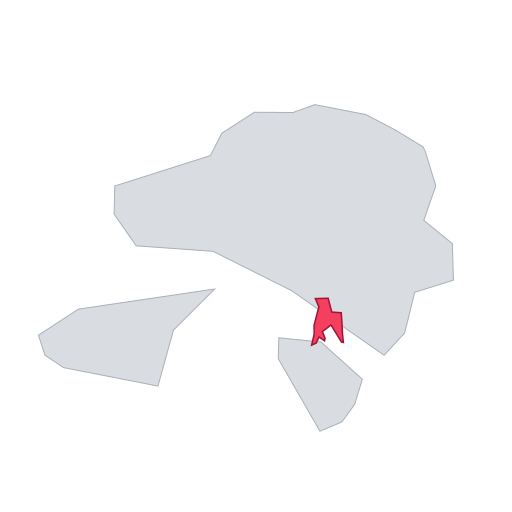 Kowloon City highlighted on a map of Hong Kong S.A.R., rotated 11°
{"feature_id": "HKG-5158", "entity_name": "Kowloon City", "entity_type": "state/province", "adm_level": 1, "iso_a3": "HKG", "parent_name": "Hong Kong S.A.R.", "parent_adm1": "", "projection": "albers", "projection_center": [114.191, 22.32], "detail": "fine", "context": "in_parent", "style": "filled", "palette": "rose", "viewbox_px": 512, "rotation_deg": 11, "n_neighbors": 0, "source": "natural_earth", "source_scale": "10m", "svg_char_len": 936}
<svg xmlns="http://www.w3.org/2000/svg" viewBox="0 0 512 512"><g transform="rotate(11 256 256)"><path d="M199.0,142.0L201.3,139.8L227.0,115.2L264.9,108.1L284.8,96.2L336.9,96.2L368.9,105.8L399.1,117.0L401.9,120.6L419.1,152.8L413.9,189.0L446.4,206.4L454.4,242.0L418.7,261.4L416.6,303.3L400.7,329.0L297.7,283.3L212.8,259.6L136.5,268.9L108.7,241.9L104.0,214.2L192.1,166.1L199.0,142.0ZM184.6,402.4L88.3,402.3L67.7,393.6L57.6,375.2L91.8,342.0L221.7,296.3L189.1,344.5L184.6,402.4ZM372.0,402.5L352.2,415.8L297.4,352.5L294.0,331.9L336.3,328.1L383.9,356.7L381.2,382.6L372.0,402.5Z" fill="#d9dde1" stroke="#a8b0b8" stroke-width="1"/><path d="M355.8,316.1L358.3,324.2L356.4,324.2L342.8,309.4L335.6,317.6L339.5,323.5L339.5,326.2L333.3,323.5L331.7,330.0L327.6,332.9L328.0,321.6L326.2,312.8L326.7,305.3L327.4,293.9L322.4,286.5L334.9,283.7L341.1,296.6L350.5,295.4L353.0,304.7L355.8,316.1Z" fill="#f43f5e" stroke="#9f1239" stroke-width="1.5"/></g></svg>